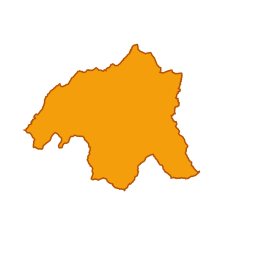 Tamara, Casanare, Colombia (Robinson projection), rotated 221°
{"feature_id": "7082276B51929752700594", "entity_name": "Tamara", "entity_type": "district", "adm_level": 2, "iso_a3": "COL", "parent_name": "Colombia", "parent_adm1": "Casanare", "projection": "robinson", "projection_center": [-72.226, 5.881], "detail": "fine", "context": "isolated", "style": "filled", "palette": "amber", "viewbox_px": 256, "rotation_deg": 221, "n_neighbors": 0, "source": "geoboundaries", "source_scale": "gbopen_adm2", "svg_char_len": 5857}
<svg xmlns="http://www.w3.org/2000/svg" viewBox="0 0 256 256"><g transform="rotate(221 128 128)"><path d="M62.5,118.5L61.4,120.4L60.5,120.7L59.6,121.5L59.3,121.4L58.4,121.8L57.9,122.2L57.6,122.8L55.9,124.0L55.8,124.5L55.5,124.6L55.3,125.5L53.6,126.1L52.5,127.5L51.3,127.4L50.9,128.2L49.7,129.1L49.4,130.3L49.0,131.2L49.0,132.1L48.1,133.6L47.5,133.9L45.9,136.8L45.9,137.8L45.5,139.2L45.3,141.7L45.7,142.0L46.1,141.2L46.8,140.4L51.4,140.7L52.2,141.1L52.9,141.1L53.6,141.6L55.5,141.4L57.5,143.8L60.4,143.6L62.7,144.7L64.1,144.9L66.2,146.2L67.7,146.3L68.6,147.5L69.0,148.8L70.3,150.5L70.6,151.2L70.8,153.1L71.1,153.6L72.3,154.0L74.2,154.1L74.7,154.5L76.2,155.0L77.9,156.4L79.4,156.6L80.4,157.1L81.2,157.2L84.0,156.7L86.0,156.8L86.3,157.1L86.6,158.5L87.1,159.3L90.0,160.1L91.3,159.9L92.3,160.3L93.1,160.3L93.4,160.7L93.4,162.1L94.0,163.2L95.5,164.2L95.9,164.3L96.6,163.4L98.1,163.4L98.5,163.1L99.8,164.0L101.3,164.1L101.9,164.5L103.4,165.9L102.5,166.7L102.9,168.5L102.4,168.9L102.4,169.4L101.9,169.6L102.0,169.9L102.6,170.2L102.8,170.1L104.0,171.4L104.6,172.5L105.4,173.0L105.7,173.5L105.5,174.5L106.0,174.9L105.7,175.6L104.7,176.6L104.9,177.2L104.3,178.1L104.5,178.7L104.8,178.8L105.7,180.3L106.2,180.2L106.3,180.6L106.6,180.7L107.5,180.7L108.2,181.9L109.6,182.1L109.7,182.7L110.2,182.2L110.7,182.5L111.4,182.1L111.8,182.3L111.5,182.8L111.9,183.1L112.4,184.3L113.2,185.1L113.3,186.1L113.0,187.3L114.0,188.1L114.0,188.4L113.2,189.0L113.0,190.1L114.0,191.2L114.3,190.7L115.1,191.0L115.9,191.0L115.7,191.7L116.1,192.2L116.0,192.7L117.2,194.6L117.0,195.3L117.1,195.6L117.7,195.8L118.4,196.4L118.4,197.4L118.9,197.8L118.7,198.3L119.3,198.7L119.6,199.8L120.1,199.8L120.3,200.0L120.6,201.5L121.2,202.0L121.4,202.6L122.1,202.9L122.2,203.5L122.9,204.2L123.5,204.5L124.1,204.1L126.8,201.0L127.6,200.6L128.1,199.9L128.6,199.6L129.4,199.9L131.0,199.1L131.3,199.6L132.1,200.0L132.6,200.4L133.6,199.9L134.7,197.7L135.2,197.5L135.3,196.9L135.8,196.3L135.8,195.8L136.3,195.3L137.2,193.2L137.9,192.4L138.7,192.1L139.3,191.4L140.5,191.0L140.7,192.6L142.9,195.0L144.1,194.4L147.4,194.7L154.3,198.2L157.2,198.6L160.0,199.7L160.7,199.5L163.6,195.7L164.2,195.3L167.2,194.6L169.0,193.9L172.0,194.0L174.1,196.0L175.6,197.1L175.9,197.0L176.5,196.3L176.7,195.6L177.7,194.6L178.1,192.5L177.8,191.1L176.7,189.2L177.3,188.9L176.8,188.0L176.7,187.0L176.3,187.0L176.3,186.3L176.1,186.3L175.8,185.0L176.3,182.7L176.0,181.7L176.2,178.9L176.6,177.6L176.6,176.8L175.9,176.3L176.4,175.1L176.3,172.8L176.4,172.2L176.2,171.2L176.7,169.7L176.8,168.5L177.4,167.6L177.9,167.4L178.9,166.4L180.2,166.7L181.5,166.4L181.7,166.1L181.9,165.2L182.4,164.7L182.0,163.6L181.9,161.8L182.0,160.8L182.9,160.0L183.1,158.6L182.9,157.5L182.3,156.9L184.0,156.3L183.8,155.7L183.9,154.7L184.6,154.3L186.4,153.9L188.1,152.4L189.5,152.7L191.6,152.5L192.1,149.9L192.8,148.0L193.2,147.9L193.8,147.0L194.8,146.7L195.4,145.7L196.1,145.8L196.8,145.0L196.9,144.5L196.6,143.1L197.5,141.1L198.1,141.0L198.8,140.4L199.4,140.6L199.7,140.1L200.6,140.0L201.6,139.3L202.0,139.3L202.3,138.4L202.9,137.9L202.7,136.3L202.9,133.3L202.7,132.1L202.8,130.4L203.2,129.2L203.3,128.3L202.8,127.3L202.4,124.2L201.8,122.0L203.0,120.2L203.3,118.8L203.9,117.9L204.4,116.3L205.9,115.5L207.0,115.8L208.4,116.6L208.6,115.9L208.7,114.2L209.5,112.8L209.6,111.7L209.5,110.5L209.8,109.9L209.8,108.1L210.2,107.2L210.7,104.6L210.3,103.4L210.3,102.6L210.7,100.7L209.9,99.4L209.9,98.5L210.5,97.5L209.8,96.2L209.3,94.5L207.1,91.7L207.0,90.9L206.4,89.9L206.0,88.1L205.3,86.8L204.9,85.0L205.2,84.1L204.8,79.2L205.3,78.5L206.2,78.4L206.5,78.1L206.7,76.2L206.2,74.5L205.0,74.8L204.2,74.4L205.4,72.0L204.7,71.0L205.3,70.0L205.2,69.7L204.5,69.4L204.8,68.7L204.7,68.4L203.5,67.7L204.7,65.4L204.7,64.6L204.2,64.3L203.9,62.3L204.0,61.3L204.3,61.0L203.8,59.8L204.6,58.6L203.6,58.9L200.9,58.4L200.1,58.8L199.7,59.5L199.1,59.8L197.8,59.8L196.3,59.5L194.0,58.5L191.2,58.3L190.6,57.6L190.4,56.0L189.4,55.2L188.8,53.8L186.9,51.5L186.3,51.5L185.6,52.6L185.3,52.7L184.2,52.7L181.6,53.5L181.0,54.4L179.2,55.4L179.0,56.3L179.1,56.9L180.2,58.6L180.3,59.1L179.5,63.8L178.9,66.3L178.8,67.7L179.1,69.0L180.0,70.6L180.4,74.1L179.9,76.8L176.5,77.4L174.9,76.8L173.8,76.7L172.4,76.8L171.2,76.5L169.8,74.7L169.5,73.8L169.3,70.8L168.8,69.2L167.9,68.3L167.1,67.9L166.8,68.0L165.2,69.6L165.0,70.4L166.0,72.0L166.1,74.5L165.3,75.5L164.3,76.4L163.8,77.8L163.9,79.0L164.6,80.2L164.7,80.9L165.1,81.5L165.4,82.8L165.4,84.4L164.6,84.9L163.9,85.8L163.5,87.7L160.9,88.6L156.6,92.0L154.3,91.8L153.6,91.0L152.6,90.7L151.5,90.8L147.5,90.3L145.0,88.1L143.8,88.7L143.3,87.8L142.5,87.1L141.2,83.9L139.9,83.3L139.7,80.4L139.4,79.9L138.5,79.3L137.9,77.2L136.5,76.9L136.2,76.6L134.3,75.6L131.8,75.1L131.5,74.6L130.5,75.0L129.4,74.9L128.9,74.5L127.9,74.2L127.2,72.5L126.7,71.9L125.8,71.2L124.8,71.1L124.4,70.6L123.3,67.9L123.1,66.9L122.4,65.6L122.0,65.4L120.7,65.9L120.2,66.3L119.7,67.6L117.7,68.9L116.3,69.1L115.4,71.4L115.1,71.7L113.7,74.4L113.0,74.3L111.3,75.3L110.4,75.1L108.6,74.3L106.1,74.3L103.6,75.2L103.0,75.7L102.4,75.5L102.1,74.8L101.6,74.7L98.6,74.5L95.4,76.2L94.2,76.4L92.7,77.9L90.7,78.8L89.0,78.3L89.9,78.9L90.2,79.7L89.4,82.9L90.2,84.3L90.3,86.9L89.7,86.9L89.3,87.7L89.4,88.9L89.0,90.5L89.4,91.9L89.1,93.1L90.6,95.4L89.8,98.2L90.6,100.0L91.5,101.2L91.6,102.0L93.1,102.4L93.8,104.1L94.4,104.3L95.5,105.7L95.4,107.9L95.1,108.5L95.4,109.8L94.9,110.5L94.7,112.2L94.2,112.8L94.1,113.8L94.3,115.6L95.0,116.5L94.8,118.0L94.5,119.7L94.0,120.3L93.6,121.7L93.1,122.5L92.7,123.4L91.9,124.1L92.0,124.4L91.5,124.5L90.5,124.1L90.1,123.7L88.4,123.7L87.4,123.1L84.6,122.9L84.1,122.4L83.2,122.5L82.7,122.0L81.8,121.9L80.8,121.4L79.6,121.3L78.2,122.1L77.4,122.2L75.8,121.4L75.3,120.7L74.2,120.0L72.7,119.9L72.2,119.6L71.9,119.6L71.1,119.2L69.7,119.7L69.2,119.6L68.8,119.9L68.0,120.0L67.3,119.6L66.3,119.7L65.2,120.1L64.7,119.7L63.2,119.1L62.5,118.5Z" fill="#f59e0b" stroke="#b45309" stroke-width="1.5"/></g></svg>